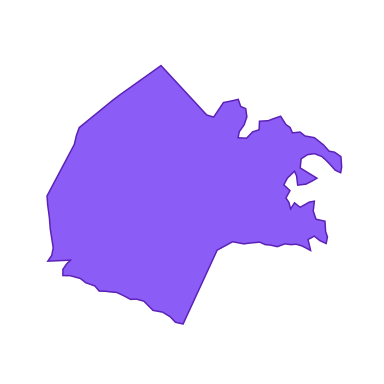 outline of Martins, Rio Grande do Norte, Brazil, rotated 262°
{"feature_id": "56859067B36328253412822", "entity_name": "Martins", "entity_type": "district", "adm_level": 2, "iso_a3": "BRA", "parent_name": "Brazil", "parent_adm1": "Rio Grande do Norte", "projection": "orthographic", "projection_center": [-37.912, -6.09], "detail": "fine", "context": "isolated", "style": "filled", "palette": "violet", "viewbox_px": 384, "rotation_deg": 262, "n_neighbors": 0, "source": "geoboundaries", "source_scale": "gbopen_adm2", "svg_char_len": 1485}
<svg xmlns="http://www.w3.org/2000/svg" viewBox="0 0 384 384"><g transform="rotate(262 192 192)"><path d="M220.3,328.8L228.8,320.7L231.8,311.6L236.3,307.4L236.6,299.7L242.3,298.1L245.7,294.4L254.7,290.3L253.3,283.1L252.0,277.5L252.7,268.7L244.3,267.1L243.1,260.4L237.7,253.5L239.3,245.2L245.1,247.2L251.3,253.0L258.8,256.8L267.1,256.8L269.9,252.1L277.3,250.7L276.7,244.1L276.2,235.6L263.2,223.9L266.2,217.3L306.1,189.6L321.5,178.9L298.4,134.4L293.8,126.1L271.5,89.3L264.3,85.5L255.5,82.1L208.3,47.9L199.7,47.3L186.9,47.2L175.0,46.5L156.0,46.8L148.8,44.3L143.6,39.6L141.4,62.2L138.2,57.8L133.4,53.4L127.2,52.5L126.1,59.7L121.9,69.4L116.9,74.2L112.5,82.7L106.8,86.3L105.7,92.6L104.3,97.9L103.0,103.5L99.3,109.2L94.2,116.2L93.7,121.9L90.6,129.1L80.2,136.9L77.1,146.2L71.4,153.1L65.3,157.5L62.5,164.8L130.9,208.8L137.1,225.3L133.4,236.1L133.4,242.0L132.9,252.1L129.7,257.2L128.5,262.3L126.0,268.8L127.7,276.8L126.1,282.6L125.8,287.8L123.3,293.4L117.6,301.3L128.8,300.3L131.3,306.9L126.0,311.9L122.3,317.7L128.8,319.9L134.1,318.8L144.6,319.6L147.8,311.0L156.3,309.4L165.9,311.9L165.7,306.8L161.8,296.9L167.0,292.0L161.5,287.3L168.3,286.5L173.0,284.2L179.7,289.2L186.3,283.9L192.5,288.4L198.3,296.4L193.4,297.8L184.1,297.6L183.9,305.9L186.2,312.6L188.3,317.6L200.8,302.5L209.7,304.7L212.9,311.6L212.9,318.6L209.1,325.5L205.2,328.8L200.6,332.2L193.7,336.8L190.4,341.9L195.9,343.7L206.3,344.4L211.6,338.7L213.4,333.4L220.3,328.8Z" fill="#8b5cf6" stroke="#5b21b6" stroke-width="1.5"/></g></svg>